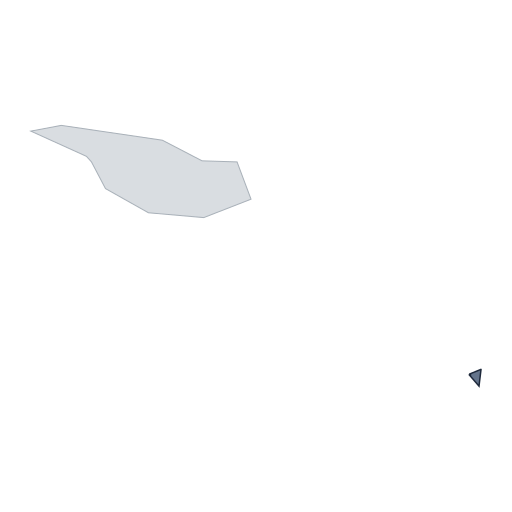 Ngesias, Peleliu, Palau (highlighted), rotated 269°
{"feature_id": "81905179B61182383580434", "entity_name": "Ngesias", "entity_type": "district", "adm_level": 2, "iso_a3": "PLW", "parent_name": "Palau", "parent_adm1": "Peleliu", "projection": "mercator", "projection_center": [134.244, 7.006], "detail": "fine", "context": "in_parent", "style": "filled", "palette": "slate", "viewbox_px": 512, "rotation_deg": 269, "n_neighbors": 0, "source": "geoboundaries", "source_scale": "gbopen_adm2", "svg_char_len": 625}
<svg xmlns="http://www.w3.org/2000/svg" viewBox="0 0 512 512"><g transform="rotate(269 256 256)"><path d="M350.4,238.7L312.9,252.0L295.3,204.4L301.1,149.2L326.0,106.7L353.0,93.1L358.6,88.2L384.8,33.0L390.0,63.5L373.4,164.4L352.1,203.7L350.4,238.7Z" fill="#d9dde1" stroke="#a8b0b8" stroke-width="1"/><path d="M134.5,468.1L134.4,468.2L134.2,468.3L133.9,468.3L133.6,468.3L133.4,468.4L133.2,468.5L132.8,468.8L132.7,469.0L132.8,468.8L133.0,468.5L133.1,468.4L133.3,468.3L133.6,468.2L134.2,468.0L134.3,467.9L133.4,467.2L122.0,476.7L138.6,479.0L138.7,478.9L134.5,468.1Z" fill="#64748b" stroke="#1e293b" stroke-width="1.5"/></g></svg>